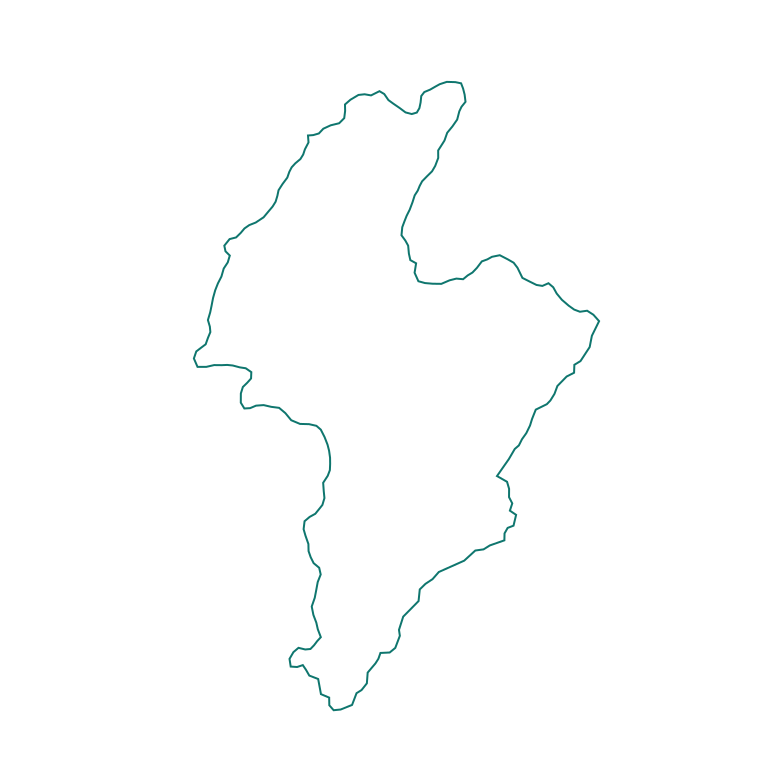 Delfim Moreira, Minas Gerais, Brazil, rotated 331°
{"feature_id": "56859067B30477670707937", "entity_name": "Delfim Moreira", "entity_type": "district", "adm_level": 2, "iso_a3": "BRA", "parent_name": "Brazil", "parent_adm1": "Minas Gerais", "projection": "mercator", "projection_center": [-45.288, -22.512], "detail": "fine", "context": "isolated", "style": "outline", "palette": "teal", "viewbox_px": 768, "rotation_deg": 331, "n_neighbors": 0, "source": "geoboundaries", "source_scale": "gbopen_adm2", "svg_char_len": 3298}
<svg xmlns="http://www.w3.org/2000/svg" viewBox="0 0 768 768"><g transform="rotate(331 384 384)"><path d="M592.1,176.7L594.8,170.0L596.4,164.0L597.2,158.4L592.8,154.6L585.4,150.2L578.1,148.8L573.0,148.8L567.1,148.9L560.8,148.2L556.2,150.2L552.5,155.5L548.7,159.9L544.3,162.5L539.1,161.3L534.5,156.9L531.4,150.0L528.0,143.2L525.5,137.8L524.8,130.5L522.0,125.7L512.6,125.3L507.5,121.2L501.8,118.8L492.5,119.1L485.4,120.6L482.4,126.3L478.1,132.2L471.2,134.2L462.8,131.9L454.7,131.3L448.5,133.3L442.8,132.0L438.0,129.8L435.1,136.1L428.6,140.4L424.6,144.1L420.0,146.7L413.4,148.0L408.3,149.7L404.1,152.5L399.5,156.6L392.2,159.9L385.7,163.4L382.0,167.7L377.6,172.0L372.6,174.8L366.8,177.0L359.6,179.8L350.1,180.6L343.2,179.7L337.4,180.3L331.9,182.4L325.7,184.1L319.2,182.4L311.4,185.6L309.7,191.1L311.4,196.9L306.3,201.9L299.8,205.3L293.9,211.2L287.5,215.5L281.8,220.2L276.1,226.0L271.0,232.1L266.7,237.1L261.0,242.7L259.5,249.4L257.3,254.4L252.4,258.3L247.3,262.8L240.9,263.7L235.6,264.5L230.1,269.5L229.2,278.6L237.0,282.9L244.6,285.1L250.9,288.7L256.1,291.3L260.7,294.5L265.9,299.5L270.7,303.2L273.7,309.3L270.4,314.7L265.0,316.6L259.1,318.2L254.2,322.9L249.7,330.9L250.0,337.7L255.2,340.2L261.6,340.9L268.5,344.1L274.3,349.3L280.7,354.0L283.6,361.6L285.3,370.7L291.2,378.2L299.0,382.8L304.6,387.8L306.6,393.3L306.3,401.6L305.2,409.7L303.6,415.8L301.1,422.3L298.2,427.7L294.9,433.1L290.3,437.0L282.9,440.9L279.4,448.4L276.6,454.9L271.5,459.9L266.7,461.9L261.0,464.2L254.5,464.2L248.0,465.5L243.3,472.0L241.8,478.5L240.3,487.3L237.0,493.6L235.9,499.9L235.6,506.6L238.2,513.3L236.3,519.9L230.0,525.1L224.9,531.3L219.8,537.4L212.9,543.6L210.3,551.7L209.1,559.9L207.2,566.4L206.0,574.8L200.9,576.5L196.1,578.6L191.2,580.1L186.4,578.0L181.3,573.3L174.8,574.6L168.1,578.6L165.4,585.9L170.8,589.4L176.7,590.5L177.2,596.1L177.3,602.8L183.4,610.1L178.5,624.7L184.0,631.7L180.4,638.5L181.8,644.9L188.3,647.7L200.5,649.2L210.1,641.1L216.0,640.8L223.9,637.5L229.8,628.5L241.1,624.2L245.9,621.6L250.5,617.5L258.8,621.6L265.9,620.3L275.8,611.9L277.9,606.3L288.0,596.8L309.0,590.6L315.7,581.0L323.3,578.9L331.9,578.2L340.8,575.0L368.5,577.4L383.1,573.9L390.9,576.9L398.3,576.5L413.5,579.1L417.0,573.1L422.4,569.8L428.6,570.7L436.1,562.5L432.7,555.8L438.3,550.6L438.5,543.6L442.6,536.3L444.2,529.2L438.2,519.3L448.8,514.1L456.8,510.2L466.9,504.2L472.2,503.1L477.9,499.2L484.6,496.0L491.6,491.1L496.5,486.4L504.3,480.0L516.6,480.6L521.5,479.1L528.3,475.3L534.7,469.8L547.4,466.0L555.7,466.3L559.8,459.5L567.0,459.2L581.8,451.4L589.2,442.6L602.6,433.3L600.7,424.9L597.2,418.4L590.4,415.8L586.4,411.1L583.5,405.0L580.4,396.6L578.9,388.6L578.9,381.4L576.7,375.6L570.1,375.0L565.4,371.3L561.1,365.1L556.5,358.3L557.1,347.1L556.2,340.8L552.7,335.0L547.7,327.5L540.1,325.1L534.8,325.1L529.0,324.2L521.5,327.5L515.4,329.4L509.9,329.6L504.0,330.7L498.4,326.9L491.6,325.1L482.7,324.2L475.2,319.9L468.8,315.6L463.9,310.8L464.7,301.5L470.6,294.0L467.1,288.4L469.0,282.0L472.2,274.7L472.2,268.9L471.4,262.4L476.0,255.7L480.8,251.6L485.3,247.9L491.0,244.0L497.0,238.9L502.3,233.9L507.3,231.2L511.3,228.0L515.6,225.2L522.6,223.1L529.1,221.3L534.5,218.1L541.0,212.6L544.6,206.0L549.6,203.3L554.9,200.4L561.1,194.9L568.7,191.9L576.2,188.2L582.1,182.0L586.2,179.1L592.1,176.7Z" fill="none" stroke="#0f766e" stroke-width="2"/></g></svg>